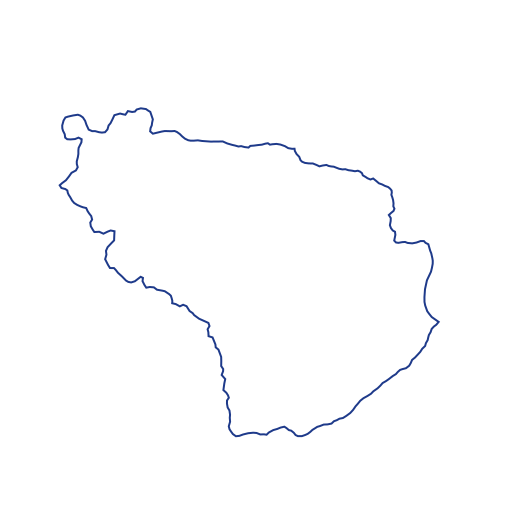 Mirante do Paranapanema, São Paulo, Brazil (Robinson projection), rotated 254°
{"feature_id": "56859067B9133941340903", "entity_name": "Mirante do Paranapanema", "entity_type": "district", "adm_level": 2, "iso_a3": "BRA", "parent_name": "Brazil", "parent_adm1": "São Paulo", "projection": "robinson", "projection_center": [-51.978, -22.346], "detail": "fine", "context": "isolated", "style": "outline", "palette": "blue", "viewbox_px": 512, "rotation_deg": 254, "n_neighbors": 0, "source": "geoboundaries", "source_scale": "gbopen_adm2", "svg_char_len": 4407}
<svg xmlns="http://www.w3.org/2000/svg" viewBox="0 0 512 512"><g transform="rotate(254 256 256)"><path d="M86.9,204.6L85.7,207.8L83.3,210.9L82.4,214.5L81.3,216.9L82.8,219.7L83.9,224.6L83.9,228.8L84.3,232.4L84.1,236.2L82.3,237.8L79.6,239.6L78.4,241.7L75.7,243.6L73.0,244.7L71.3,246.6L70.2,250.4L70.4,254.1L70.8,256.7L72.0,259.8L73.3,262.3L74.0,264.8L74.9,267.8L74.9,270.5L75.3,274.6L74.4,278.4L74.1,282.4L75.7,285.4L75.9,288.4L76.6,291.4L76.3,294.9L77.4,298.7L79.1,303.3L81.3,306.9L84.1,310.3L85.8,313.0L88.1,316.3L89.7,320.1L90.7,324.5L91.9,328.6L93.6,331.5L95.3,336.4L97.1,339.8L99.0,342.7L99.9,346.4L101.0,349.6L102.9,354.3L103.9,357.9L105.5,360.4L106.8,363.1L106.9,365.6L106.8,369.2L108.3,373.0L110.4,375.2L113.1,377.4L114.6,380.9L117.0,384.9L118.6,387.5L121.0,390.2L122.9,393.8L125.4,395.3L127.8,397.8L130.2,399.1L132.4,400.4L134.6,402.8L137.5,404.8L139.2,407.6L140.2,410.3L142.3,413.4L148.9,408.1L152.7,406.5L155.7,405.4L161.7,405.0L165.4,405.3L170.1,406.6L177.5,409.3L185.5,413.6L192.7,419.9L196.2,421.9L199.8,423.7L202.7,424.6L205.1,424.9L210.3,425.2L213.1,424.9L219.8,424.9L221.9,422.6L224.1,421.5L225.0,418.4L224.7,413.9L225.1,409.6L226.8,405.3L228.4,403.2L229.0,400.5L229.4,396.5L230.4,394.3L232.7,393.1L235.4,394.5L237.9,395.8L241.0,396.3L242.8,394.5L245.6,393.4L248.7,393.2L252.5,395.1L255.3,396.0L258.8,395.0L260.2,397.8L261.4,400.6L263.3,402.1L265.9,401.7L268.7,402.7L272.0,403.2L274.9,403.2L277.5,403.0L279.5,404.0L281.6,404.4L283.7,403.5L285.8,402.1L287.9,399.2L290.0,397.0L292.0,394.2L294.9,392.3L298.2,390.0L298.0,387.1L300.0,384.6L301.8,383.1L304.1,380.9L306.4,380.7L308.4,379.3L309.9,377.4L310.2,374.5L311.6,371.7L313.0,368.5L314.8,365.8L315.4,363.0L316.9,360.0L319.0,357.2L320.4,355.4L321.4,352.9L322.5,350.7L324.1,348.8L324.6,345.0L324.7,341.7L326.8,339.3L329.3,336.1L330.4,332.4L332.0,328.7L333.9,326.3L335.8,325.2L339.4,324.9L342.8,323.1L346.3,322.3L348.5,322.6L349.1,320.2L350.8,316.7L353.6,314.1L356.4,310.2L358.1,306.6L358.9,302.6L359.2,300.1L361.1,298.5L361.4,296.0L361.4,292.3L362.1,288.4L362.7,284.4L363.4,280.9L362.3,278.7L363.9,275.0L365.7,272.0L366.1,269.3L367.9,266.4L369.4,263.7L372.1,259.4L375.3,255.6L376.7,250.3L377.6,247.3L378.3,244.4L381.5,235.7L383.2,232.0L384.1,227.6L384.9,224.9L386.0,222.7L388.3,220.1L391.3,218.0L394.2,216.4L397.0,214.2L398.6,212.2L399.3,208.9L400.5,205.2L401.3,202.5L401.6,199.6L402.0,190.6L405.0,188.6L408.0,189.9L410.3,191.8L412.8,192.9L415.8,194.5L423.7,194.1L425.4,192.5L427.6,190.7L429.7,186.0L429.7,181.7L428.2,179.4L428.6,176.6L430.6,172.8L427.8,169.4L428.9,167.2L430.4,164.6L430.4,161.5L430.4,158.7L426.7,155.5L423.7,152.7L422.1,150.3L418.6,148.1L416.6,145.0L417.1,141.9L418.3,139.2L420.3,135.9L421.2,132.9L423.6,130.0L428.8,129.2L433.0,129.0L436.9,127.8L439.4,125.8L440.9,123.7L441.5,119.0L441.8,113.6L441.7,111.0L439.3,108.4L434.9,105.7L432.0,105.0L429.6,105.0L425.8,105.7L422.4,105.2L420.3,106.7L419.2,109.8L418.3,114.3L418.7,118.0L416.3,120.6L413.4,119.5L410.9,117.2L408.8,115.3L406.3,114.3L403.1,113.4L400.1,112.0L396.4,109.8L393.8,109.1L390.5,109.1L387.9,106.5L386.8,101.6L384.0,98.1L381.2,94.2L379.5,89.7L378.1,86.8L375.0,87.7L372.9,91.2L371.0,92.7L368.6,92.5L366.4,92.8L363.9,93.6L360.0,94.5L357.1,95.8L354.4,98.2L352.2,100.8L350.6,103.0L348.9,106.0L345.6,106.5L343.0,107.3L339.8,108.6L336.2,108.5L333.8,105.9L330.1,105.4L326.4,106.3L323.6,107.2L322.5,112.0L319.5,115.5L320.3,120.0L320.6,123.3L318.8,126.8L315.0,125.5L310.1,123.9L308.3,120.7L305.4,115.8L302.3,113.2L298.5,112.6L294.5,110.1L288.3,111.3L284.7,112.3L283.5,116.2L281.1,117.4L277.9,118.7L273.2,121.6L268.2,124.3L266.3,126.1L265.0,128.7L265.1,132.6L267.8,139.4L266.1,141.3L263.1,140.0L258.9,140.8L255.8,141.8L255.5,145.3L254.0,149.2L250.9,151.5L248.5,156.4L247.3,158.6L243.3,162.0L241.3,163.2L238.6,163.3L235.9,163.2L233.7,162.4L231.9,165.6L228.6,168.9L229.2,172.5L226.9,175.4L224.1,176.2L221.4,177.0L218.5,179.4L216.3,180.2L211.4,184.0L207.6,188.5L204.8,191.8L201.5,192.0L198.9,189.3L195.9,189.2L192.0,188.3L189.7,191.8L182.2,192.6L179.3,192.1L176.4,194.1L171.2,194.5L168.6,194.7L164.7,193.7L159.8,192.2L156.4,193.3L154.3,192.6L151.1,190.2L146.2,192.5L142.2,190.4L136.1,187.7L132.7,189.8L129.7,190.7L127.2,190.8L125.1,188.3L122.1,187.4L118.2,187.0L114.8,187.9L110.6,187.3L107.7,186.2L103.8,185.4L101.9,184.2L99.8,182.9L96.7,182.8L93.9,183.7L91.2,184.7L88.3,187.0L87.7,190.4L88.0,194.4L87.8,199.6L86.9,204.6Z" fill="none" stroke="#1e3a8a" stroke-width="2"/></g></svg>